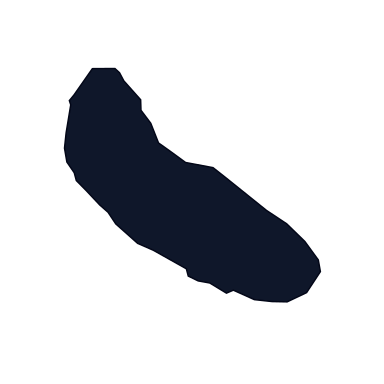 Moch, Federated States of Micronesia (Mercator projection), rotated 26°
{"feature_id": "79324940B69575341239626", "entity_name": "Moch", "entity_type": "district", "adm_level": 2, "iso_a3": "FSM", "parent_name": "Federated States of Micronesia", "parent_adm1": "", "projection": "mercator", "projection_center": [153.542, 5.491], "detail": "fine", "context": "isolated", "style": "filled", "palette": "ink", "viewbox_px": 384, "rotation_deg": 26, "n_neighbors": 0, "source": "geoboundaries", "source_scale": "gbopen_adm2", "svg_char_len": 661}
<svg xmlns="http://www.w3.org/2000/svg" viewBox="0 0 384 384"><g transform="rotate(26 192 192)"><path d="M153.8,164.8L140.4,162.6L124.8,148.3L110.3,140.9L105.4,131.6L82.0,122.0L74.6,116.6L68.6,114.8L48.4,124.8L43.4,156.5L41.7,163.6L44.8,166.8L52.9,193.9L58.2,208.5L66.4,219.9L77.7,226.3L83.0,232.4L96.1,237.0L114.8,244.1L125.4,247.0L137.5,254.1L165.7,262.0L182.7,261.3L220.6,263.5L225.5,269.2L236.5,269.2L247.8,266.0L267.3,267.8L272.2,262.1L295.2,261.4L311.9,255.4L325.7,249.0L339.1,232.2L342.3,207.3L335.3,197.7L315.1,187.0L291.1,179.1L267.0,175.9L215.0,164.1L200.2,160.9L173.3,168.3L153.8,164.8Z" fill="#0f172a" stroke="#020617" stroke-width="1.5"/></g></svg>